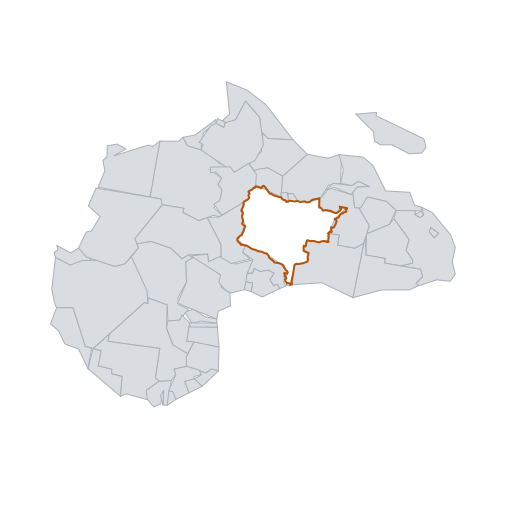 location of Democratic Republic of the Congo within Africa, rotated 280°
{"feature_id": "COD", "entity_name": "Democratic Republic of the Congo", "entity_type": "country or territory", "adm_level": 0, "iso_a3": "COD", "parent_name": "Africa", "parent_adm1": "", "projection": "robinson", "projection_center": [23.721, -4.071], "detail": "fine", "context": "in_parent", "style": "outline", "palette": "amber", "viewbox_px": 512, "rotation_deg": 280, "n_neighbors": 49, "source": "natural_earth", "source_scale": "50m", "svg_char_len": 15778}
<svg xmlns="http://www.w3.org/2000/svg" viewBox="0 0 512 512"><g transform="rotate(280 256 256)"><path d="M339.3,268.3L365.1,288.9L364.8,310.0L370.2,320.1L366.3,323.3L342.2,326.7L338.3,315.1L323.7,309.2L318.3,299.1L317.0,287.9L323.9,281.6L322.3,269.3L339.3,268.3Z" fill="#d9dde1" stroke="#a8b0b8" stroke-width="1"/><path d="M136.6,111.6L135.9,120.0L120.4,119.7L119.6,133.8L115.1,134.3L114.2,145.1L94.3,146.9L115.8,110.1L136.6,111.6Z" fill="#d9dde1" stroke="#a8b0b8" stroke-width="1"/><path d="M376.8,272.3L373.8,247.6L379.3,239.6L393.2,235.4L406.7,218.8L386.6,212.3L381.1,204.6L383.8,199.7L391.1,205.3L422.4,196.6L417.8,218.4L406.7,239.7L376.8,272.3Z" fill="#d9dde1" stroke="#a8b0b8" stroke-width="1"/><path d="M365.1,288.9L339.3,268.3L344.8,252.5L339.7,239.5L346.0,232.6L359.8,243.1L378.0,241.4L373.8,247.6L376.8,272.3L365.1,288.9Z" fill="#d9dde1" stroke="#a8b0b8" stroke-width="1"/><path d="M293.7,217.5L290.0,215.1L288.3,213.5L288.7,207.3L280.9,193.4L286.2,176.3L290.4,176.7L290.2,152.5L295.7,152.5L295.7,141.4L352.4,141.4L355.7,160.1L360.2,163.5L352.8,169.3L350.3,188.1L340.7,204.3L339.4,215.0L333.3,195.3L326.7,208.8L320.1,206.1L315.1,211.1L304.3,210.7L296.1,206.2L290.4,215.4L293.7,217.5Z" fill="#d9dde1" stroke="#a8b0b8" stroke-width="1"/><path d="M290.1,154.8L290.4,176.7L286.2,176.3L280.9,193.4L285.4,201.4L261.5,219.4L248.4,222.0L242.1,210.2L249.4,207.9L245.4,189.3L240.3,183.6L248.7,171.1L252.1,150.3L247.2,136.6L252.1,133.6L290.1,154.8Z" fill="#d9dde1" stroke="#a8b0b8" stroke-width="1"/><path d="M254.8,421.0L257.0,418.3L264.8,423.6L271.5,420.4L271.4,400.0L276.2,411.4L279.5,410.8L287.6,402.7L298.8,403.9L316.8,385.2L325.2,386.1L328.6,397.8L328.0,405.9L324.3,405.3L322.5,410.9L325.3,413.9L332.6,410.9L329.5,422.0L310.4,444.2L299.1,450.7L284.3,450.3L272.7,455.4L264.9,451.8L263.9,438.1L254.8,421.0ZM314.3,423.1L310.0,422.6L304.9,428.2L310.1,431.9L314.3,423.1Z" fill="#d9dde1" stroke="#a8b0b8" stroke-width="1"/><path d="M314.3,423.1L310.1,431.9L304.9,428.2L310.0,422.6L314.3,423.1Z" fill="#d9dde1" stroke="#a8b0b8" stroke-width="1"/><path d="M325.2,386.1L310.1,381.8L297.0,361.1L305.5,362.2L321.2,348.8L333.6,355.4L332.4,375.3L325.2,386.1Z" fill="#d9dde1" stroke="#a8b0b8" stroke-width="1"/><path d="M316.8,385.2L298.8,403.9L287.6,402.7L279.5,410.8L276.2,411.4L271.4,400.0L271.3,383.8L276.0,383.6L276.0,364.0L297.0,361.1L310.1,381.8L316.8,385.2Z" fill="#d9dde1" stroke="#a8b0b8" stroke-width="1"/><path d="M271.3,383.8L271.5,420.4L264.8,423.6L257.0,418.3L254.8,421.0L249.3,412.8L244.3,385.3L231.8,358.7L296.1,360.2L276.0,364.0L276.0,383.6L271.3,383.8Z" fill="#d9dde1" stroke="#a8b0b8" stroke-width="1"/><path d="M93.8,187.9L89.6,181.6L97.4,172.1L104.8,171.3L115.9,182.2L118.7,194.2L93.7,194.6L93.0,190.3L107.6,188.4L93.8,187.9Z" fill="#d9dde1" stroke="#a8b0b8" stroke-width="1"/><path d="M118.7,194.2L115.9,182.2L118.6,178.0L148.2,177.3L146.2,125.1L153.4,125.0L190.8,154.2L190.8,157.7L196.1,157.1L192.5,177.0L169.7,180.3L155.3,188.6L148.0,205.7L135.2,206.6L130.3,195.0L125.2,197.6L118.7,194.2Z" fill="#d9dde1" stroke="#a8b0b8" stroke-width="1"/><path d="M94.3,146.9L114.2,145.1L115.1,134.3L119.6,133.8L120.4,119.7L135.9,120.0L136.6,111.6L153.4,125.0L146.2,125.1L148.2,177.3L118.6,178.0L115.9,182.2L104.8,171.3L95.6,173.8L97.7,152.0L94.3,146.9Z" fill="#d9dde1" stroke="#a8b0b8" stroke-width="1"/><path d="M187.1,228.4L183.0,229.1L182.3,212.6L178.0,205.2L188.3,195.4L192.8,203.7L187.4,216.0L187.1,228.4Z" fill="#d9dde1" stroke="#a8b0b8" stroke-width="1"/><path d="M247.2,136.6L252.1,150.3L248.7,171.1L240.3,183.6L245.4,189.3L243.3,194.0L238.0,187.9L218.3,192.1L201.1,186.4L194.6,188.2L192.0,198.6L179.6,192.0L176.7,180.5L192.5,177.0L196.1,157.1L233.7,133.3L243.8,138.7L247.2,136.6Z" fill="#d9dde1" stroke="#a8b0b8" stroke-width="1"/><path d="M187.1,228.4L195.9,187.0L218.3,192.1L238.0,187.9L245.2,196.2L231.2,224.4L219.0,227.4L215.3,236.7L202.6,239.5L195.0,228.4L187.1,228.4Z" fill="#d9dde1" stroke="#a8b0b8" stroke-width="1"/><path d="M244.8,191.9L249.4,207.9L242.1,210.2L249.2,220.5L244.5,236.9L251.6,253.5L220.9,250.4L215.3,238.2L216.6,232.7L223.3,224.1L231.2,224.4L244.8,191.9Z" fill="#d9dde1" stroke="#a8b0b8" stroke-width="1"/><path d="M178.7,202.2L183.0,229.1L179.1,230.3L174.1,203.8L178.7,202.2Z" fill="#d9dde1" stroke="#a8b0b8" stroke-width="1"/><path d="M174.5,202.1L179.1,230.3L159.9,235.4L160.1,202.4L174.5,202.1Z" fill="#d9dde1" stroke="#a8b0b8" stroke-width="1"/><path d="M135.2,206.6L144.2,204.9L160.5,209.7L159.9,235.4L136.2,238.9L137.0,231.5L132.1,227.3L135.2,206.6Z" fill="#d9dde1" stroke="#a8b0b8" stroke-width="1"/><path d="M108.1,193.5L125.2,197.6L130.3,195.0L135.2,206.6L133.8,220.5L129.2,222.6L126.7,215.8L123.0,216.9L120.2,207.5L109.7,213.8L100.9,202.0L108.1,193.5Z" fill="#d9dde1" stroke="#a8b0b8" stroke-width="1"/><path d="M93.7,194.6L108.1,193.5L107.8,197.7L100.9,202.0L93.7,194.6Z" fill="#d9dde1" stroke="#a8b0b8" stroke-width="1"/><path d="M133.0,220.5L132.1,227.3L137.0,231.5L136.2,238.9L118.3,225.5L124.3,216.6L129.2,222.6L133.0,220.5Z" fill="#d9dde1" stroke="#a8b0b8" stroke-width="1"/><path d="M109.7,213.8L120.2,207.5L124.3,216.6L118.3,225.5L109.7,213.8Z" fill="#d9dde1" stroke="#a8b0b8" stroke-width="1"/><path d="M148.0,205.7L153.9,189.9L169.7,180.3L176.7,180.5L179.6,192.0L185.1,193.2L178.7,202.2L160.1,202.4L160.5,209.7L148.0,205.7Z" fill="#d9dde1" stroke="#a8b0b8" stroke-width="1"/><path d="M307.4,234.1L292.9,234.8L283.1,240.8L268.8,235.2L263.9,243.7L257.4,242.4L251.9,250.5L244.4,232.9L248.4,222.0L261.5,219.4L285.4,201.4L288.3,213.5L307.4,234.1Z" fill="#d9dde1" stroke="#a8b0b8" stroke-width="1"/><path d="M263.9,243.7L259.9,265.4L251.9,282.6L245.0,290.5L235.4,287.6L232.0,290.9L228.0,285.0L231.7,282.0L229.8,278.3L235.1,273.8L242.1,276.7L244.2,270.4L241.3,262.8L243.4,256.4L238.6,255.8L237.6,250.5L251.6,253.5L257.4,242.4L263.9,243.7Z" fill="#d9dde1" stroke="#a8b0b8" stroke-width="1"/><path d="M228.8,250.5L237.0,250.2L238.6,255.8L243.4,256.4L241.3,262.8L244.2,270.4L242.1,276.7L235.1,273.8L229.8,278.3L231.7,282.0L228.0,285.0L216.7,269.2L220.1,257.5L228.8,257.2L228.8,250.5Z" fill="#d9dde1" stroke="#a8b0b8" stroke-width="1"/><path d="M220.9,250.4L228.8,250.5L228.8,257.2L220.1,257.5L220.9,250.4Z" fill="#d9dde1" stroke="#a8b0b8" stroke-width="1"/><path d="M323.7,309.2L335.8,316.5L333.0,338.9L335.5,340.3L320.8,344.8L321.2,348.8L305.5,362.2L287.1,359.9L280.7,351.9L280.9,334.4L291.0,334.4L290.5,323.5L306.3,327.2L318.5,336.3L318.1,330.4L312.1,328.2L312.6,313.7L315.3,309.5L323.7,309.2Z" fill="#d9dde1" stroke="#a8b0b8" stroke-width="1"/><path d="M333.5,314.1L340.9,319.2L342.0,338.1L347.4,343.8L344.1,355.9L341.5,343.8L333.0,338.9L337.0,321.2L333.5,314.1Z" fill="#d9dde1" stroke="#a8b0b8" stroke-width="1"/><path d="M342.2,326.7L356.3,327.0L370.2,320.1L372.0,344.3L365.4,355.5L342.6,372.4L345.4,396.4L333.7,403.2L332.6,410.9L329.1,410.8L325.2,386.1L332.4,375.3L333.6,355.4L321.5,350.8L320.8,344.8L335.5,340.3L341.5,343.8L344.1,355.9L347.4,343.8L342.0,338.1L342.2,326.7Z" fill="#d9dde1" stroke="#a8b0b8" stroke-width="1"/><path d="M329.1,410.8L325.3,413.9L322.5,410.9L324.3,405.3L329.1,410.8Z" fill="#d9dde1" stroke="#a8b0b8" stroke-width="1"/><path d="M232.0,290.9L235.5,290.6L233.3,295.1L232.0,290.9ZM234.0,296.8L253.5,295.5L259.1,307.6L266.7,307.2L271.9,301.4L279.8,303.4L281.9,324.3L291.0,325.2L291.0,334.4L280.9,334.4L280.7,351.9L287.1,359.9L231.8,358.7L241.1,325.5L234.0,296.8Z" fill="#d9dde1" stroke="#a8b0b8" stroke-width="1"/><path d="M322.5,276.4L323.9,281.6L317.0,287.9L315.4,278.7L322.5,276.4Z" fill="#d9dde1" stroke="#a8b0b8" stroke-width="1"/><path d="M413.1,329.6L418.3,349.9L414.9,349.9L400.6,400.9L392.4,404.6L386.1,401.2L383.2,389.0L389.1,370.5L387.1,359.3L389.6,352.7L398.6,350.3L413.1,329.6Z" fill="#d9dde1" stroke="#a8b0b8" stroke-width="1"/><path d="M93.0,190.3L101.7,186.3L107.6,188.4L93.0,190.3Z" fill="#d9dde1" stroke="#a8b0b8" stroke-width="1"/><path d="M222.9,95.5L214.7,74.5L219.7,58.8L224.8,56.6L227.7,60.0L231.7,58.0L226.9,73.2L232.9,79.8L222.9,95.5Z" fill="#d9dde1" stroke="#a8b0b8" stroke-width="1"/><path d="M136.6,111.6L137.2,103.6L173.2,84.7L170.4,68.6L175.1,65.6L187.8,60.7L219.7,58.8L214.7,74.5L221.3,85.6L224.2,100.4L221.3,118.8L225.7,128.3L233.7,133.3L202.9,154.7L190.8,157.7L190.8,154.2L136.6,111.6Z" fill="#d9dde1" stroke="#a8b0b8" stroke-width="1"/><path d="M351.0,183.3L352.8,169.3L360.2,163.5L364.6,175.0L383.4,192.8L379.9,193.7L368.4,182.8L351.0,183.3Z" fill="#d9dde1" stroke="#a8b0b8" stroke-width="1"/><path d="M115.8,110.1L133.5,97.5L136.2,83.0L148.1,74.5L153.5,65.4L170.4,68.6L173.2,84.7L137.2,103.6L136.7,110.1L115.8,110.1Z" fill="#d9dde1" stroke="#a8b0b8" stroke-width="1"/><path d="M352.4,141.4L295.7,141.4L296.3,88.5L313.8,92.4L323.4,88.6L328.1,92.0L338.8,90.4L342.1,99.9L338.8,109.2L329.9,98.5L346.6,130.8L345.9,135.3L352.4,141.4Z" fill="#d9dde1" stroke="#a8b0b8" stroke-width="1"/><path d="M295.1,86.7L295.7,152.5L290.1,154.8L252.1,133.6L243.8,138.7L225.7,128.3L221.3,118.8L225.3,89.6L232.9,79.8L250.1,84.7L252.2,89.6L267.8,95.7L276.2,82.2L295.1,86.7Z" fill="#d9dde1" stroke="#a8b0b8" stroke-width="1"/><path d="M406.7,218.8L393.2,235.4L366.8,244.1L350.2,238.5L334.5,220.0L351.0,183.3L356.7,184.5L358.1,180.3L376.1,188.7L379.9,193.7L377.1,201.9L382.1,202.6L386.6,212.3L406.7,218.8Z" fill="#d9dde1" stroke="#a8b0b8" stroke-width="1"/><path d="M379.9,193.7L384.6,194.5L382.1,202.6L377.1,201.9L379.9,193.7Z" fill="#d9dde1" stroke="#a8b0b8" stroke-width="1"/><path d="M339.3,268.3L318.2,270.5L326.3,242.1L339.7,239.5L342.0,243.4L344.8,252.5L339.3,268.3Z" fill="#d9dde1" stroke="#a8b0b8" stroke-width="1"/><path d="M322.3,269.3L323.9,275.7L315.4,278.7L316.7,272.0L322.3,269.3Z" fill="#d9dde1" stroke="#a8b0b8" stroke-width="1"/><path d="M324.3,243.6L318.8,237.6L310.3,238.7L290.4,215.4L299.6,205.5L304.3,210.7L315.1,211.1L320.1,206.1L326.7,208.8L331.7,201.8L330.1,196.8L335.6,195.7L339.4,215.0L334.5,220.0L346.0,232.6L336.7,242.1L324.3,243.6Z" fill="#d9dde1" stroke="#a8b0b8" stroke-width="1"/><path d="M323.8,308.3L315.1,309.8L314.7,310.0L314.9,310.5L314.8,311.1L314.6,311.6L314.2,312.2L313.7,312.9L313.4,313.2L312.3,314.0L312.3,314.3L313.0,315.6L313.3,316.6L313.4,317.4L313.3,320.1L313.3,320.5L313.5,321.4L313.4,322.0L313.0,322.8L312.8,323.5L312.3,325.8L312.1,326.5L312.4,327.7L312.7,328.3L313.1,328.9L314.0,329.7L314.4,330.1L315.5,331.3L316.8,331.6L317.2,331.8L317.5,331.7L317.6,331.1L317.5,330.9L317.6,330.6L317.9,330.5L318.5,330.5L318.8,330.3L319.0,330.2L319.0,337.0L318.9,337.3L318.6,337.4L318.3,337.2L318.2,336.6L318.0,336.4L317.8,336.3L317.5,336.4L317.0,336.7L316.4,337.0L316.1,337.1L315.7,337.1L315.2,337.0L314.8,336.6L314.7,336.1L314.0,334.8L313.6,334.1L313.3,334.1L313.0,334.0L312.8,333.5L312.6,332.8L312.3,332.2L312.0,332.1L309.6,331.0L309.1,330.9L308.6,330.9L308.2,330.6L307.5,329.1L306.6,328.2L306.4,327.2L306.2,327.1L305.9,327.1L305.7,327.3L305.2,328.8L304.9,329.1L304.6,329.2L304.1,329.3L303.5,329.2L302.3,329.0L300.7,328.8L300.3,328.6L299.9,328.4L298.8,328.0L298.2,328.0L298.0,327.7L297.8,327.6L297.5,327.3L297.3,326.9L297.1,326.1L297.2,325.7L297.3,325.2L297.2,325.0L296.7,325.2L295.2,325.5L294.2,325.8L293.4,326.3L293.2,326.3L292.7,326.2L292.5,325.9L292.7,325.6L292.8,325.3L292.7,324.6L292.5,324.3L291.8,324.0L291.6,324.0L291.5,323.6L291.3,323.3L290.7,323.1L290.6,323.3L290.5,323.5L290.4,323.8L290.1,323.9L289.4,323.9L288.8,323.7L288.3,323.7L288.0,323.7L286.8,324.3L286.4,324.3L285.2,324.3L284.4,324.2L283.9,324.2L283.6,324.3L283.1,324.7L282.7,325.0L282.6,324.9L282.3,324.5L282.2,323.9L282.1,323.3L282.2,322.9L282.6,322.7L282.7,322.2L282.6,321.4L282.6,320.8L282.7,320.5L282.5,319.8L282.1,318.6L281.6,317.6L280.9,316.8L280.5,316.1L280.3,315.4L280.4,313.7L280.7,311.1L280.7,309.2L280.2,307.9L280.1,306.5L280.4,305.1L280.4,304.1L280.2,303.6L280.0,303.4L277.2,303.3L274.4,303.3L274.2,303.1L274.0,302.8L274.0,302.4L274.3,301.4L273.8,301.3L270.8,301.7L269.8,301.9L269.1,302.5L268.9,303.3L268.9,303.9L268.9,304.4L268.6,304.8L268.4,305.4L268.2,307.1L267.3,307.3L266.3,307.3L266.1,307.3L264.9,306.9L264.4,306.9L264.1,307.1L262.6,307.4L261.9,307.8L261.7,307.9L261.3,307.6L260.6,307.7L259.7,307.8L259.4,307.7L258.0,305.2L257.6,304.3L257.1,303.7L256.7,303.2L256.6,302.6L256.7,302.1L256.4,301.4L255.9,300.5L255.6,299.6L255.4,298.8L255.3,298.1L255.4,297.5L255.3,297.1L255.0,296.8L254.9,296.5L254.5,296.0L254.0,295.7L253.5,295.5L250.6,295.5L245.8,295.6L245.4,295.6L244.1,295.6L242.7,295.5L241.0,295.4L240.5,295.4L239.1,295.4L239.0,295.5L238.8,295.6L238.2,295.4L237.6,295.5L237.3,295.3L236.6,295.4L236.3,295.5L235.7,296.0L234.9,296.2L234.6,296.2L234.4,296.1L234.0,295.6L233.6,295.1L233.5,294.9L234.8,294.7L234.9,293.0L234.9,291.5L234.8,291.3L234.6,291.2L235.3,290.6L235.7,290.2L236.4,289.2L237.5,288.8L237.6,288.7L237.9,288.5L238.3,289.1L239.1,289.7L239.3,289.8L240.0,289.3L240.5,289.1L240.7,288.6L240.8,287.7L241.1,287.6L241.4,287.7L241.6,287.8L241.8,287.8L242.4,287.5L242.8,287.4L243.2,287.1L243.7,286.8L243.9,286.8L244.3,287.5L243.9,288.4L244.1,288.9L244.1,289.8L244.4,289.9L244.6,289.9L244.9,289.9L245.2,290.0L245.6,290.0L245.9,289.8L246.6,289.1L247.5,287.7L248.3,286.9L248.9,286.5L249.4,286.1L249.6,285.6L249.9,285.3L250.7,285.1L251.3,284.8L251.8,283.9L252.6,282.2L252.9,279.8L252.8,275.6L252.9,275.1L253.2,274.7L254.0,273.9L254.5,273.2L254.9,272.4L255.7,270.7L256.2,269.8L256.6,269.3L257.3,268.9L258.1,268.6L259.4,267.3L260.4,266.1L260.3,264.6L260.5,263.3L261.1,261.7L261.3,260.1L261.1,258.3L261.1,256.9L261.9,254.6L262.0,253.5L262.0,251.9L262.7,249.7L264.0,246.9L264.7,244.8L264.6,242.7L264.7,241.2L264.7,240.3L264.4,239.5L264.5,239.0L265.1,238.8L265.7,238.0L266.9,236.0L268.1,235.0L269.0,234.7L269.9,234.7L270.5,234.9L270.7,235.2L271.4,235.7L272.5,236.3L273.3,237.1L273.8,237.9L274.1,238.4L274.6,238.5L275.3,238.5L276.1,238.6L276.9,239.1L277.4,239.3L277.6,239.1L278.0,239.2L278.9,239.6L279.6,239.4L280.7,239.5L283.2,240.2L283.4,240.0L283.6,239.8L284.2,238.5L284.6,237.7L284.8,237.4L285.4,236.9L286.0,236.8L286.6,236.9L287.6,237.3L288.1,237.3L288.6,237.0L289.4,236.7L290.2,236.4L290.9,236.1L292.5,235.4L293.0,235.3L294.6,235.8L295.7,235.5L296.1,235.6L297.0,235.3L297.2,235.1L297.7,234.0L298.3,233.7L299.3,233.8L301.5,234.5L303.8,234.9L304.7,235.1L304.9,235.0L305.6,234.4L305.9,234.3L306.1,234.3L307.5,234.8L307.7,235.2L307.9,235.6L308.8,236.2L309.1,236.6L309.4,237.4L309.7,237.6L310.0,237.8L310.3,238.0L310.5,238.3L310.8,238.6L311.4,239.0L311.9,239.1L312.2,239.2L312.5,239.1L313.0,238.9L313.5,238.4L314.0,238.1L315.0,238.2L315.6,238.5L316.0,238.8L316.4,238.8L317.2,238.2L317.6,237.5L318.0,237.4L318.6,237.7L319.1,238.3L319.5,239.1L320.3,239.9L321.1,241.0L322.2,241.6L322.7,241.8L322.8,242.1L322.9,242.5L322.9,242.8L323.0,243.0L323.6,242.9L323.9,243.0L324.1,243.3L324.3,243.7L324.6,243.9L324.6,244.2L324.2,244.9L324.0,245.6L323.9,246.2L324.2,246.6L324.3,246.8L324.3,247.0L324.3,247.3L324.0,248.2L323.8,249.1L323.8,249.5L324.2,249.8L324.9,249.8L325.1,249.9L325.3,250.2L325.5,250.4L325.8,250.4L325.9,250.5L326.0,250.7L326.4,251.2L326.3,251.5L325.9,252.4L324.8,253.7L322.5,256.2L321.8,256.5L321.4,256.9L321.1,257.7L320.4,258.3L319.9,258.5L319.8,259.3L319.9,260.3L319.7,260.7L319.1,262.1L318.8,262.5L318.7,263.4L318.7,263.7L318.4,265.5L318.5,266.0L318.3,266.9L318.3,267.4L318.2,267.9L318.1,268.4L318.1,270.7L317.9,270.8L317.6,271.2L317.3,271.4L317.0,271.4L316.3,272.6L316.0,273.1L316.0,273.3L316.0,274.8L316.0,275.2L315.8,275.4L314.7,276.3L314.6,276.6L314.8,277.2L314.8,277.6L314.9,277.9L315.4,278.1L315.4,278.5L316.1,279.4L316.4,279.9L316.4,280.4L316.3,281.6L316.4,282.3L316.3,284.2L316.4,284.7L316.9,285.7L317.2,286.8L317.3,287.6L317.3,287.9L316.9,289.8L316.9,290.1L317.0,290.6L317.6,292.4L317.9,293.4L318.2,294.3L318.2,294.7L318.2,295.0L317.7,296.0L317.6,296.4L317.7,297.2L317.9,297.9L318.7,299.6L319.2,300.0L320.0,300.7L320.7,301.3L321.2,302.0L321.7,302.9L322.0,303.6L322.1,304.3L323.6,307.8L323.8,308.3Z" fill="none" stroke="#b45309" stroke-width="2"/></g></svg>